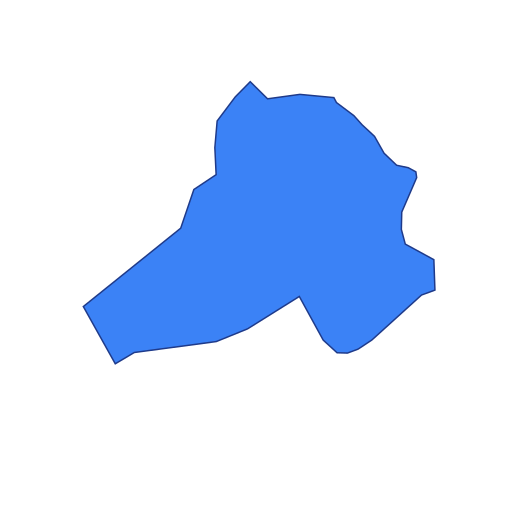 outline of Varaklanu, rotated 321°
{"feature_id": "LVA-5800", "entity_name": "Varaklanu", "entity_type": "Municipality", "adm_level": 1, "iso_a3": "LVA", "parent_name": "Latvia", "parent_adm1": "", "projection": "orthographic", "projection_center": [26.664, 56.633], "detail": "fine", "context": "isolated", "style": "filled", "palette": "blue", "viewbox_px": 512, "rotation_deg": 321, "n_neighbors": 0, "source": "natural_earth", "source_scale": "10m", "svg_char_len": 613}
<svg xmlns="http://www.w3.org/2000/svg" viewBox="0 0 512 512"><g transform="rotate(321 256 256)"><path d="M416.2,181.9L415.1,187.4L420.4,208.6L421.0,220.7L423.4,237.6L420.2,256.7L422.4,274.0L429.9,283.2L433.2,291.2L430.2,296.2L396.9,313.6L385.7,326.8L379.5,340.7L391.9,370.8L373.6,395.1L360.1,390.5L293.1,394.2L276.7,392.6L266.0,389.0L258.1,382.2L255.3,363.6L264.2,314.7L203.6,307.3L171.3,297.5L100.7,254.4L78.8,251.2L90.0,186.6L215.0,187.0L249.6,165.2L276.2,167.7L292.2,145.9L310.8,126.6L340.0,119.3L361.2,116.9L363.9,141.1L391.8,158.0L416.2,181.9Z" fill="#3b82f6" stroke="#1e3a8a" stroke-width="1.5"/></g></svg>